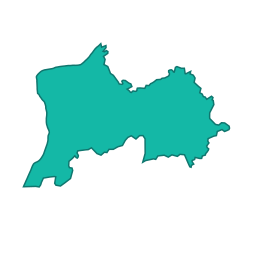 the district of Quebracho, Paysandú, Uruguay, rotated 11°
{"feature_id": "84410073B73193959772066", "entity_name": "Quebracho", "entity_type": "district", "adm_level": 2, "iso_a3": "URY", "parent_name": "Uruguay", "parent_adm1": "Paysandú", "projection": "albers", "projection_center": [-57.976, -31.953], "detail": "fine", "context": "isolated", "style": "filled", "palette": "teal", "viewbox_px": 256, "rotation_deg": 11, "n_neighbors": 0, "source": "geoboundaries", "source_scale": "gbopen_adm2", "svg_char_len": 3542}
<svg xmlns="http://www.w3.org/2000/svg" viewBox="0 0 256 256"><g transform="rotate(11 128 128)"><path d="M194.5,152.1L196.1,154.3L197.4,154.5L197.4,152.5L199.4,150.9L197.3,148.8L197.2,147.6L199.4,146.2L199.5,144.1L204.3,144.2L206.1,143.8L206.3,141.3L209.1,139.8L209.1,138.4L210.2,136.5L211.1,134.3L211.2,133.1L209.5,132.2L208.7,130.6L210.3,127.2L208.8,125.7L208.7,123.1L213.8,119.6L216.2,118.6L216.3,114.4L220.6,111.6L223.4,113.0L225.5,111.7L227.4,110.3L227.7,108.8L226.9,106.9L222.0,104.6L218.8,105.0L216.5,107.8L213.2,107.8L206.4,103.1L205.9,101.1L205.3,97.5L207.8,88.7L206.4,84.7L205.2,84.3L205.6,81.9L203.9,80.9L199.8,84.8L197.9,82.9L196.0,82.8L194.3,80.5L191.7,79.7L192.0,75.2L189.4,73.8L184.2,70.6L184.3,66.2L182.0,63.7L178.6,63.0L178.7,60.5L174.4,63.8L173.7,63.7L171.9,58.6L169.0,59.2L164.3,58.4L163.0,59.4L162.9,61.1L162.9,62.4L162.7,64.3L161.9,64.3L160.9,63.2L159.6,62.6L158.2,63.0L157.0,63.9L157.2,65.3L158.2,66.4L158.4,67.8L157.9,69.3L154.5,71.9L151.9,72.7L150.7,74.1L146.9,75.1L144.9,77.5L143.4,79.0L141.7,80.2L140.6,82.3L137.7,82.7L136.9,85.9L132.3,86.4L129.6,87.1L129.4,88.1L129.6,89.3L129.3,90.0L128.7,90.5L127.2,90.7L125.9,90.6L125.4,91.2L124.5,92.5L123.6,92.5L122.3,91.4L119.7,90.0L122.0,88.2L123.9,86.6L122.4,84.2L120.1,83.7L117.6,82.5L116.4,81.9L114.0,82.1L113.0,83.2L113.7,84.2L114.5,85.5L113.9,86.3L111.0,86.5L109.7,84.8L103.6,79.1L100.4,77.8L98.6,74.9L96.4,71.5L92.3,70.3L92.4,65.0L90.3,62.4L93.9,58.6L93.7,56.8L92.0,56.1L90.3,57.7L88.9,57.5L91.1,53.3L90.6,51.3L86.7,53.7L85.2,50.4L84.5,51.4L84.0,52.2L83.1,53.4L81.9,54.7L81.1,55.9L80.4,57.0L79.9,58.2L79.5,58.9L79.0,60.1L78.6,60.9L78.1,61.8L77.6,62.6L77.1,63.7L76.6,65.0L75.9,66.3L75.4,67.0L75.0,67.7L74.0,69.1L73.4,69.8L72.7,70.9L71.8,72.2L71.0,73.1L70.2,74.1L69.3,74.9L68.2,75.4L66.9,75.9L64.5,76.5L62.1,76.9L59.5,77.7L57.4,78.1L55.9,78.6L53.8,79.3L51.5,80.0L49.4,80.7L47.4,81.5L45.5,82.2L44.4,82.9L43.5,83.6L42.0,84.3L40.4,84.9L38.5,85.6L34.8,87.0L32.8,88.2L31.7,89.2L30.7,90.5L29.2,92.7L29.0,93.2L28.7,93.8L28.5,94.3L28.4,94.7L28.3,95.1L28.4,95.6L28.6,96.2L29.4,98.2L29.6,99.1L29.7,99.8L29.9,100.5L30.7,103.8L31.2,105.9L31.4,107.0L31.6,107.7L32.0,109.0L32.4,110.3L32.7,111.3L34.1,112.0L35.4,113.7L35.6,113.9L36.8,115.0L38.0,116.2L39.0,117.0L40.6,118.0L41.1,118.6L42.1,120.3L43.1,122.3L43.6,124.4L44.7,126.8L45.4,128.5L45.6,129.8L45.8,131.1L45.9,132.6L46.0,134.1L46.3,135.6L46.7,137.7L47.3,139.6L47.6,140.3L48.3,141.5L48.8,142.6L49.6,143.8L51.0,145.8L51.3,146.5L51.6,147.3L51.6,148.4L51.3,149.6L51.1,151.0L51.4,153.2L51.7,154.6L51.8,155.6L51.8,156.6L51.7,159.1L51.3,161.7L50.8,165.0L50.4,167.9L50.2,169.4L49.8,170.9L48.7,173.8L47.8,175.7L46.6,177.4L45.2,178.6L43.6,179.7L43.0,180.3L42.6,180.7L42.2,181.3L42.1,181.5L41.9,182.1L41.5,183.3L41.1,185.3L40.6,188.2L40.1,190.2L39.6,192.4L39.0,195.0L38.6,196.9L37.9,199.7L37.5,201.7L37.0,203.7L36.6,205.6L48.6,202.9L52.1,202.8L53.1,200.5L53.4,197.8L54.5,193.3L60.6,191.0L64.9,189.7L66.4,189.7L66.6,196.3L68.2,197.9L72.8,197.8L76.8,193.5L81.2,188.5L81.8,180.2L80.7,178.0L78.1,178.1L77.0,176.5L76.4,172.0L79.2,168.5L81.1,165.5L82.9,167.0L84.0,167.2L84.6,165.9L84.5,164.4L82.7,162.2L83.1,160.0L90.9,157.4L93.1,156.8L95.9,154.4L102.4,159.0L106.7,159.8L109.4,156.3L112.0,156.1L113.4,152.6L117.7,151.7L121.7,148.3L125.9,146.2L127.7,140.6L129.7,137.2L132.7,135.0L137.9,137.3L140.8,133.3L144.1,132.6L146.8,135.3L149.7,149.7L149.0,158.8L151.5,156.6L159.0,153.4L161.2,153.5L162.7,149.7L168.7,147.8L173.1,148.9L176.2,146.0L181.9,146.4L184.1,143.9L188.6,143.5L194.5,152.1Z" fill="#14b8a6" stroke="#0f766e" stroke-width="1.5"/></g></svg>